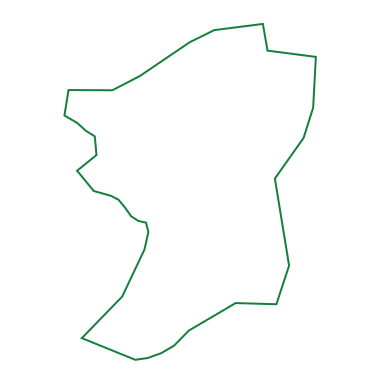 the Municipality of Domžale, rotated 179°
{"feature_id": "SVN-205", "entity_name": "Domžale", "entity_type": "Municipality", "adm_level": 1, "iso_a3": "SVN", "parent_name": "Slovenia", "parent_adm1": "", "projection": "orthographic", "projection_center": [14.641, 46.152], "detail": "fine", "context": "isolated", "style": "outline", "palette": "green", "viewbox_px": 384, "rotation_deg": 179, "n_neighbors": 0, "source": "natural_earth", "source_scale": "10m", "svg_char_len": 597}
<svg xmlns="http://www.w3.org/2000/svg" viewBox="0 0 384 384"><g transform="rotate(179 192 192)"><path d="M108.9,204.0L96.2,116.7L109.6,78.3L150.3,80.2L197.6,53.5L212.6,38.7L225.6,31.4L239.2,26.8L251.6,25.2L304.7,47.8L263.6,88.7L240.5,135.4L236.3,152.8L238.6,162.2L246.1,164.0L253.2,168.7L259.1,177.4L265.6,185.5L273.1,189.6L290.2,194.7L306.5,215.3L286.9,230.6L288.2,249.3L297.0,255.0L305.5,263.0L318.2,270.7L313.7,296.1L269.9,295.1L241.9,309.0L191.7,341.8L166.9,353.5L118.2,358.8L114.0,332.0L65.8,324.9L69.4,274.1L79.5,244.1L108.9,204.0Z" fill="none" stroke="#15803d" stroke-width="2"/></g></svg>